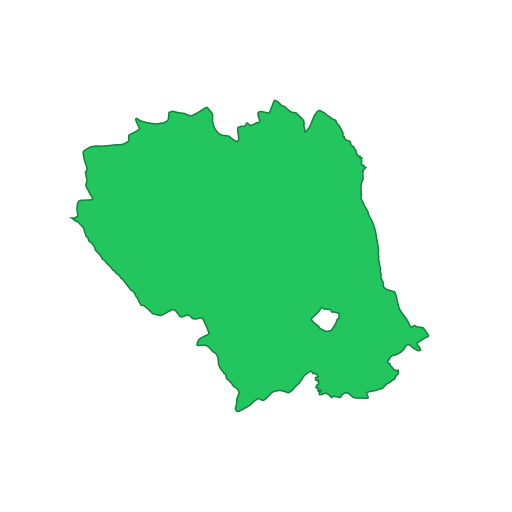 the district of Bulungu, Bandundu, Democratic Republic of the Congo, rotated 330°
{"feature_id": "63176286B11990771214401", "entity_name": "Bulungu", "entity_type": "district", "adm_level": 2, "iso_a3": "COD", "parent_name": "Democratic Republic of the Congo", "parent_adm1": "Bandundu", "projection": "mercator", "projection_center": [18.692, -4.697], "detail": "fine", "context": "isolated", "style": "filled", "palette": "green", "viewbox_px": 512, "rotation_deg": 330, "n_neighbors": 0, "source": "geoboundaries", "source_scale": "gbopen_adm2", "svg_char_len": 6121}
<svg xmlns="http://www.w3.org/2000/svg" viewBox="0 0 512 512"><g transform="rotate(330 256 256)"><path d="M115.3,130.9L117.4,135.7L118.4,136.8L119.1,138.6L120.6,144.8L120.3,147.0L118.7,153.9L119.6,156.7L118.7,159.1L120.3,163.5L120.7,167.4L119.8,170.5L121.3,176.7L121.6,179.7L121.4,182.2L122.6,184.0L122.9,185.2L122.8,186.7L124.3,191.7L125.1,197.0L126.2,198.4L126.0,199.8L126.7,201.8L128.0,204.9L127.8,207.1L128.9,210.1L130.7,223.3L131.8,224.8L132.2,227.8L131.9,231.3L132.3,233.3L131.9,236.9L131.9,241.2L134.2,243.1L136.1,248.4L137.7,254.3L143.3,259.7L145.8,260.2L156.3,260.5L157.6,261.2L158.3,262.0L159.0,263.2L159.3,265.3L159.8,270.0L160.5,271.3L161.0,271.6L162.8,272.1L165.0,272.4L166.4,272.4L167.2,272.9L168.8,274.8L169.3,275.9L169.3,277.4L170.3,279.1L172.3,280.4L174.5,281.2L175.9,281.4L177.4,282.0L178.3,282.8L178.4,283.3L178.5,284.7L177.9,291.8L176.9,298.6L176.3,299.7L174.9,300.0L169.8,299.5L165.5,299.7L164.3,300.0L163.2,300.7L161.9,301.8L160.6,303.2L160.6,304.0L161.1,304.7L164.5,306.2L167.0,307.6L168.1,308.6L169.0,309.9L169.9,312.7L170.8,317.5L171.6,318.5L172.3,320.1L172.6,321.5L172.6,322.8L171.8,326.2L169.2,331.4L169.4,332.4L168.9,334.0L169.1,337.6L169.6,339.7L169.4,341.3L170.1,342.5L170.4,344.1L169.6,345.9L169.3,348.2L170.2,349.9L171.3,355.0L171.0,356.4L171.6,357.4L171.7,358.4L173.2,361.2L173.5,363.0L173.4,364.5L172.7,366.3L171.9,367.2L169.9,368.5L167.7,370.5L166.0,373.3L164.2,375.6L162.0,377.4L161.5,379.1L161.5,380.0L161.8,380.9L162.6,381.6L164.0,382.1L173.6,382.3L176.7,382.1L180.9,381.0L184.8,380.6L186.7,380.7L187.5,381.3L188.0,382.0L188.9,383.6L189.6,384.4L190.3,384.8L192.7,384.7L201.0,382.4L203.0,382.2L204.4,382.4L208.9,384.1L210.3,385.0L212.4,387.0L215.3,390.3L216.2,390.8L218.7,390.7L220.6,390.3L224.2,389.0L227.1,388.3L229.3,387.9L233.2,386.2L235.9,384.7L238.1,383.7L241.6,383.1L245.9,383.1L246.4,384.3L246.6,386.5L248.1,386.6L248.5,387.9L249.3,388.4L249.4,391.5L248.7,392.0L247.9,391.2L247.0,391.1L246.3,391.4L245.6,393.0L246.2,394.3L247.6,394.5L247.9,394.9L247.7,395.9L246.8,396.2L246.4,398.0L243.6,398.4L242.1,400.0L242.5,400.6L243.4,401.0L243.7,401.7L242.3,403.3L242.3,404.5L244.7,403.9L245.0,404.4L244.9,405.0L242.8,406.0L241.5,407.7L244.2,409.2L245.4,408.9L248.0,409.6L249.6,412.5L250.7,416.5L252.1,415.8L255.4,418.1L257.8,420.5L259.0,420.5L260.7,419.3L263.0,419.1L264.3,419.1L265.6,419.6L266.9,420.5L267.8,422.2L269.1,426.4L270.3,427.9L272.1,429.3L281.3,434.9L282.3,434.9L283.0,432.2L283.0,430.7L283.7,429.8L284.9,429.8L288.1,430.7L291.6,432.1L297.4,433.3L299.0,433.9L305.5,432.1L309.0,432.4L311.2,431.7L314.0,432.0L317.6,429.7L319.4,429.5L320.7,428.7L322.0,426.1L320.9,426.1L320.5,425.7L318.4,422.8L318.3,420.6L317.5,418.6L318.0,416.2L316.8,414.1L317.0,413.4L317.9,412.6L319.5,412.4L320.0,411.8L322.3,410.6L323.9,410.4L326.1,410.9L327.5,411.6L333.7,411.7L338.0,410.6L340.2,409.0L342.2,408.5L343.8,409.1L345.0,410.5L345.8,413.3L346.9,415.7L348.4,418.3L349.9,419.6L351.4,419.8L352.1,416.7L351.2,414.1L351.5,412.7L352.3,411.9L359.4,411.5L365.0,411.7L365.6,410.9L365.5,406.3L364.8,401.5L363.0,400.2L362.5,400.1L361.7,399.0L360.3,398.4L358.6,395.4L355.2,395.4L354.4,394.3L354.8,390.1L354.8,385.3L353.8,376.8L353.8,373.8L354.5,370.1L356.2,364.4L357.2,361.8L358.2,356.5L352.7,350.6L351.1,347.2L351.1,346.1L353.1,341.9L353.0,339.4L353.4,337.3L355.5,333.8L355.8,331.8L357.5,329.3L358.8,324.5L359.7,323.2L360.3,320.4L362.2,317.7L362.7,315.8L365.6,311.1L371.6,295.0L373.1,289.3L374.0,282.8L374.1,276.1L374.9,274.4L375.2,271.0L375.0,266.5L375.5,263.4L375.6,259.5L376.0,258.1L377.8,255.8L381.5,248.4L384.4,245.0L386.3,243.7L387.8,242.0L389.4,238.3L391.6,235.7L392.7,235.0L394.1,234.7L395.4,234.3L394.5,232.8L394.7,231.5L393.4,230.5L393.1,229.7L393.8,228.1L394.8,227.1L395.6,224.9L396.7,224.2L396.5,223.5L395.1,222.7L396.0,221.7L394.5,220.4L394.6,219.3L394.2,217.1L395.4,214.2L394.8,212.0L395.3,210.0L393.8,208.0L393.8,207.0L394.8,204.4L394.4,203.2L392.5,201.3L391.4,198.8L392.0,197.2L391.3,195.3L391.6,194.5L392.5,193.9L393.0,191.8L393.2,184.2L392.5,183.1L392.7,181.8L392.4,180.9L392.8,179.0L392.5,177.6L391.0,176.3L390.7,174.9L389.6,174.0L389.6,172.1L388.6,171.1L386.6,165.9L386.0,165.2L384.3,162.2L383.5,161.5L381.3,161.5L377.1,163.3L367.9,170.3L366.0,171.5L361.9,173.1L361.0,173.2L360.4,172.9L361.7,170.2L362.5,167.2L364.1,165.1L364.9,162.7L364.8,161.0L362.2,151.9L358.9,149.5L358.1,148.2L356.3,143.9L355.7,141.2L353.3,138.3L352.2,133.8L350.7,131.1L349.9,130.5L349.2,130.7L338.7,139.1L337.4,137.6L333.2,133.8L331.6,132.8L330.7,132.8L329.3,133.0L328.7,134.1L327.9,136.0L326.8,141.0L325.2,141.7L322.7,140.8L317.9,140.8L316.2,139.8L315.6,139.0L315.2,136.7L314.4,136.3L311.5,137.9L310.8,137.9L308.3,136.4L305.1,135.7L304.3,135.9L302.7,138.6L300.4,144.3L298.9,147.0L297.2,147.5L295.6,146.1L294.1,143.1L292.5,138.8L290.8,137.2L287.7,135.1L285.6,132.6L284.9,130.9L284.3,128.1L284.0,125.6L284.3,122.6L285.8,117.4L289.1,112.0L289.1,108.8L288.3,104.3L288.1,103.2L287.2,102.4L276.0,102.7L273.1,102.6L270.1,102.2L268.6,101.2L266.7,98.9L266.2,97.9L265.2,96.7L260.6,93.2L256.6,89.4L255.4,88.6L253.1,88.4L252.4,88.2L248.5,93.7L246.7,94.7L242.5,94.6L239.7,93.2L237.3,92.7L234.2,90.8L227.9,85.8L227.3,85.0L224.0,81.7L223.1,80.3L221.5,77.2L220.6,77.1L220.1,77.7L219.6,79.2L218.9,87.1L218.4,87.8L217.2,88.1L215.5,88.1L209.4,87.9L206.9,87.6L205.8,88.4L204.0,91.8L203.0,92.8L200.7,93.0L198.4,92.9L196.5,92.6L194.9,92.1L189.0,89.0L185.7,87.7L177.3,83.8L172.7,80.8L168.1,79.0L165.8,78.7L160.7,78.8L159.5,78.9L158.5,79.4L157.9,80.2L156.5,83.5L154.9,88.9L154.6,91.2L153.6,95.4L152.6,97.0L150.3,98.0L149.5,100.2L148.5,102.5L147.8,105.6L146.9,106.7L144.2,109.3L143.7,110.6L143.3,118.5L143.4,124.1L142.8,125.0L141.6,125.0L140.6,124.6L132.6,120.4L131.0,119.9L129.9,119.9L128.0,120.9L124.6,125.4L122.3,130.8L122.0,132.2L121.2,132.5L118.4,132.4L116.1,131.5L115.3,130.9ZM279.4,356.7L276.5,352.9L275.1,350.4L275.1,348.1L273.4,344.4L271.9,339.1L273.3,337.8L276.7,336.9L281.9,335.8L287.3,333.3L288.9,336.6L290.1,336.6L291.3,338.1L292.8,338.7L293.3,339.3L293.9,342.9L295.6,343.4L297.3,345.4L299.3,347.2L296.4,351.6L294.9,351.3L290.3,355.0L283.8,358.1L279.4,356.7Z" fill="#22c55e" stroke="#15803d" stroke-width="1.5"/></g></svg>